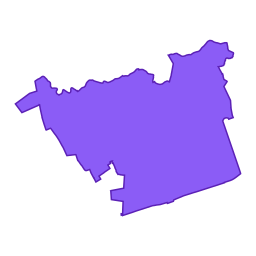 the district of Balotesti, Ilfov, Romania
{"feature_id": "2599482B37621113883018", "entity_name": "Balotesti", "entity_type": "district", "adm_level": 2, "iso_a3": "ROU", "parent_name": "Romania", "parent_adm1": "Ilfov", "projection": "albers", "projection_center": [26.074, 44.622], "detail": "fine", "context": "isolated", "style": "filled", "palette": "violet", "viewbox_px": 256, "rotation_deg": 0, "n_neighbors": 0, "source": "geoboundaries", "source_scale": "gbopen_adm2", "svg_char_len": 5455}
<svg xmlns="http://www.w3.org/2000/svg" viewBox="0 0 256 256"><path d="M240.6,173.7L240.5,173.1L239.3,169.4L222.7,120.9L223.5,119.5L224.1,118.5L225.7,117.9L226.5,117.8L227.2,117.9L228.4,118.3L228.7,118.7L228.8,119.2L229.2,119.1L229.4,118.9L233.2,117.6L232.3,115.3L230.9,107.8L231.0,107.8L230.5,100.4L223.9,86.5L227.1,81.6L226.9,81.2L226.6,80.9L225.9,80.6L223.9,79.4L223.4,77.5L223.1,76.3L223.1,75.5L222.9,74.8L222.6,73.9L222.1,74.1L221.9,73.4L221.5,72.7L219.6,69.3L218.6,67.2L218.3,66.7L219.0,66.7L219.9,66.4L220.9,66.4L222.7,65.8L223.6,65.4L223.9,64.9L224.1,64.2L224.3,63.8L224.5,63.7L224.4,63.3L224.6,62.2L224.9,61.1L225.2,60.9L225.4,60.7L225.4,60.4L225.2,60.4L225.3,60.1L225.5,59.4L225.9,58.5L226.6,58.1L227.1,58.0L228.0,58.2L228.2,58.5L228.9,58.5L229.3,58.4L229.8,58.5L230.9,58.2L231.3,57.6L231.6,57.5L232.0,57.7L232.5,57.1L233.0,56.3L232.9,55.6L233.4,54.0L233.4,53.5L233.5,53.2L233.3,52.7L228.6,50.5L228.3,50.0L228.0,49.2L227.9,48.6L227.7,48.4L227.8,47.1L227.5,46.2L227.5,45.6L227.1,44.1L227.1,43.7L227.0,43.0L226.7,42.8L226.4,42.7L225.8,42.8L225.7,42.8L225.3,42.7L224.9,42.7L221.5,43.6L220.5,43.8L220.0,43.7L217.9,43.0L217.2,42.8L216.8,42.8L215.5,42.5L214.2,42.1L212.8,41.3L212.2,40.9L211.2,40.6L210.2,40.5L209.6,40.5L208.6,41.0L207.7,41.5L206.8,42.5L206.0,43.6L203.9,46.0L202.8,46.9L201.8,47.8L200.8,49.2L200.4,49.8L199.7,50.5L199.2,51.0L198.5,51.4L198.1,51.5L197.2,51.7L196.3,51.9L193.9,52.7L192.5,53.5L190.9,54.7L189.2,54.6L188.5,54.7L186.6,55.1L185.9,55.4L185.2,55.8L184.4,56.0L183.6,56.2L182.7,56.3L181.8,56.2L180.8,55.7L179.6,54.9L178.6,54.5L176.9,53.4L176.1,53.4L174.7,53.7L173.3,54.3L171.7,54.4L171.3,54.2L170.1,54.5L168.4,55.2L168.5,55.3L168.4,55.3L172.9,62.9L173.3,63.7L171.6,73.0L171.4,73.8L171.2,75.5L170.2,78.8L170.0,79.8L169.8,80.1L169.7,80.9L169.6,81.1L169.4,81.8L168.7,81.6L167.9,81.1L166.9,81.1L165.5,81.7L165.1,81.8L162.8,83.6L162.6,83.8L161.7,84.1L160.3,84.4L159.6,84.4L157.6,83.9L155.9,83.2L154.9,82.4L154.6,81.6L153.0,82.4L152.8,81.9L152.8,81.2L152.8,80.3L153.1,79.3L153.5,77.3L153.4,77.0L153.4,76.5L153.6,75.5L153.6,75.1L153.4,74.8L152.8,74.5L151.3,74.3L150.6,74.2L150.2,74.0L149.3,74.0L149.1,74.0L148.0,73.5L147.5,73.2L147.3,72.9L146.7,72.0L146.5,71.8L146.0,71.3L143.0,69.6L142.5,69.5L141.0,69.5L138.8,69.8L138.6,68.9L137.8,68.9L136.9,69.1L136.5,69.3L135.2,70.8L134.5,71.6L134.2,71.8L134.0,72.0L133.3,72.5L130.2,74.0L129.8,74.3L129.4,74.8L128.8,75.3L128.0,75.8L127.7,75.9L127.4,75.9L126.0,75.8L125.4,75.8L124.0,76.0L123.9,76.2L123.7,76.2L122.8,75.9L122.6,75.7L121.8,76.3L121.5,76.4L121.1,76.8L120.2,77.4L119.6,77.9L119.0,78.2L118.4,78.4L117.6,78.6L116.4,78.7L115.4,78.8L115.0,78.9L114.2,79.5L113.2,80.3L111.6,81.1L109.5,82.1L108.5,82.4L107.8,82.5L107.2,82.3L106.4,81.9L105.7,81.6L104.9,81.3L104.4,81.2L103.9,81.3L103.5,81.6L103.1,82.5L102.9,83.0L102.5,83.1L101.3,83.0L99.9,82.7L98.7,82.3L97.9,82.1L96.6,81.7L96.1,81.6L93.8,80.8L93.3,80.4L92.9,80.2L92.7,80.1L92.1,80.0L91.7,80.1L91.4,80.2L91.3,80.3L90.4,80.1L89.7,80.1L89.1,80.3L88.0,81.2L87.0,82.3L86.4,83.2L85.4,85.7L85.0,86.4L84.3,87.0L83.3,87.4L82.3,87.7L81.6,88.1L79.1,90.6L77.8,91.5L77.6,91.3L77.4,90.9L77.3,91.0L76.7,90.8L75.4,89.8L73.8,88.9L73.2,88.4L72.4,88.0L71.9,87.8L71.6,87.9L71.3,88.0L70.9,88.7L70.8,89.6L70.9,90.8L70.6,91.9L70.5,92.2L70.1,92.6L69.8,92.8L69.4,93.0L69.2,93.0L67.4,92.2L65.2,90.7L63.7,89.7L63.3,89.7L63.0,89.9L62.8,90.4L62.7,90.9L62.6,91.6L62.2,92.6L62.0,93.1L61.9,93.3L61.7,93.5L61.2,93.9L60.7,94.1L60.1,94.3L59.0,95.0L58.9,94.9L57.3,94.0L56.8,93.6L56.5,92.9L56.3,92.3L56.4,91.0L56.7,90.6L57.0,90.2L57.2,89.9L57.3,89.4L57.1,88.8L56.8,88.4L56.5,88.3L55.0,88.1L53.6,88.1L52.4,88.2L52.0,88.1L51.4,87.7L51.2,87.3L50.5,86.4L50.5,86.1L50.5,84.0L50.4,83.3L50.3,82.8L50.2,82.6L49.2,81.6L48.9,81.4L48.2,81.1L47.6,80.7L47.2,80.0L46.9,79.5L46.6,79.1L45.1,77.7L44.7,77.2L44.2,76.8L43.8,76.6L43.4,76.4L42.8,76.4L42.3,76.5L41.8,76.8L39.7,78.4L37.7,79.3L37.1,79.7L36.5,80.2L35.3,80.9L35.0,81.3L36.3,88.4L36.7,90.2L36.8,91.1L29.6,93.4L15.4,103.9L21.9,112.6L39.1,105.0L39.3,104.8L39.3,104.7L39.6,104.8L39.7,105.6L40.4,109.5L42.3,118.0L42.2,118.0L44.2,124.5L46.0,129.9L46.3,130.0L50.3,128.3L50.6,128.3L50.8,128.5L52.5,130.8L54.4,133.5L55.7,135.1L57.2,137.3L59.1,140.3L62.0,145.6L62.9,147.1L63.1,147.4L66.9,155.6L75.6,154.6L75.9,154.7L77.8,160.6L78.2,160.7L81.0,164.8L81.8,165.6L84.1,169.2L85.1,170.3L85.5,170.5L86.2,170.6L87.1,170.4L89.7,169.5L91.1,173.1L93.8,178.1L94.0,178.0L94.2,178.7L95.9,182.0L99.9,179.6L100.7,179.1L99.0,176.1L104.1,172.6L104.2,172.4L109.9,168.5L109.3,167.4L108.9,166.7L108.1,165.4L107.9,165.1L107.9,164.9L110.5,163.5L110.0,162.5L110.0,162.4L110.4,162.2L110.2,161.7L110.3,161.6L112.0,161.0L112.3,161.0L111.9,161.7L112.6,163.3L113.1,163.1L113.7,164.6L114.6,166.6L114.8,167.2L115.1,168.2L115.7,169.4L116.0,170.0L116.1,170.7L116.2,171.5L116.3,171.5L116.5,171.9L117.2,173.2L117.3,173.2L117.9,174.3L118.1,174.2L118.2,174.3L119.4,174.5L120.1,174.6L120.6,174.7L120.6,174.8L122.2,175.0L122.8,175.1L124.5,175.2L123.7,188.2L111.1,190.6L110.7,190.8L110.8,191.0L111.4,199.6L123.1,201.4L122.6,213.8L121.2,213.7L121.2,214.5L121.3,215.2L122.7,214.8L122.7,215.5L132.2,212.4L136.1,211.0L152.5,205.7L154.7,205.4L156.6,205.0L160.1,204.6L167.1,202.5L167.4,203.4L167.8,203.3L173.4,201.3L173.5,200.6L173.6,200.2L173.9,199.9L176.1,198.9L183.8,195.7L193.6,192.6L196.4,191.8L224.3,182.8L224.2,182.6L224.4,182.5L224.4,182.4L229.3,180.8L230.3,180.5L232.4,179.6L233.4,179.0L234.4,178.4L236.2,177.1L240.6,173.7Z" fill="#8b5cf6" stroke="#5b21b6" stroke-width="1.5"/></svg>